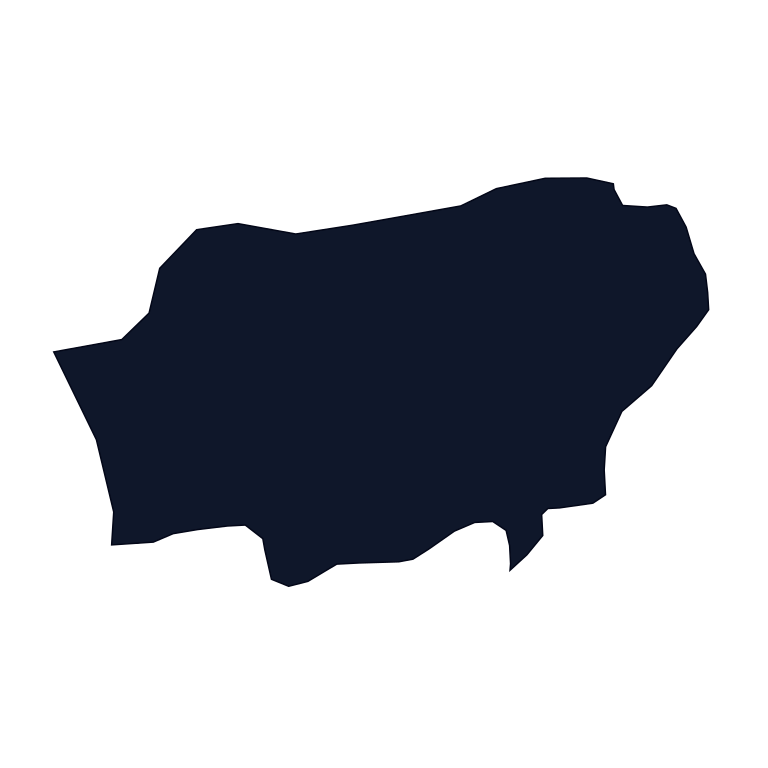 an SVG outline of Rankovce, rotated 267°
{"feature_id": "MKD-4846", "entity_name": "Rankovce", "entity_type": "Statistical Region", "adm_level": 1, "iso_a3": "MKD", "parent_name": "North Macedonia", "parent_adm1": "", "projection": "albers", "projection_center": [22.099, 42.204], "detail": "fine", "context": "isolated", "style": "filled", "palette": "ink", "viewbox_px": 768, "rotation_deg": 267, "n_neighbors": 0, "source": "natural_earth", "source_scale": "10m", "svg_char_len": 925}
<svg xmlns="http://www.w3.org/2000/svg" viewBox="0 0 768 768"><g transform="rotate(267 384 384)"><path d="M270.3,107.4L343.4,93.9L433.3,55.9L442.1,124.5L467.1,153.1L511.3,166.1L547.9,205.0L551.8,246.6L538.4,303.7L544.2,360.9L557.8,470.0L573.2,506.4L581.0,555.7L579.1,597.3L571.9,623.5L566.2,623.9L549.8,631.6L546.9,656.3L548.1,675.8L544.1,684.8L524.9,693.9L497.9,700.4L476.9,710.8L458.5,712.0L441.2,712.1L425.0,699.2L403.8,678.4L368.3,651.2L344.2,620.1L309.7,602.0L286.7,599.4L261.8,599.4L254.1,586.4L251.1,552.8L251.1,541.1L245.4,534.6L224.4,534.6L206.0,517.8L191.4,500.1L197.9,501.0L216.1,501.0L231.4,498.3L241.0,485.4L241.0,467.3L233.4,446.6L217.2,420.7L207.6,403.8L205.7,389.6L206.6,349.5L206.6,327.4L200.5,315.8L190.9,297.7L187.0,278.2L194.9,261.4L224.6,256.3L235.9,254.9L250.4,238.1L250.4,220.0L248.4,190.2L245.6,165.6L238.2,145.4L237.6,103.6L270.3,107.4Z" fill="#0f172a" stroke="#020617" stroke-width="1.5"/></g></svg>